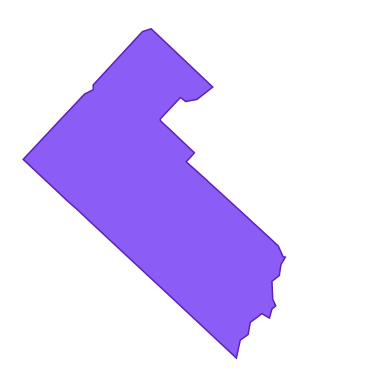 outline of Orange, Florida, United States of America, rotated 43°
{"feature_id": "52423323B94983475607099", "entity_name": "Orange", "entity_type": "district", "adm_level": 2, "iso_a3": "USA", "parent_name": "United States of America", "parent_adm1": "Florida", "projection": "orthographic", "projection_center": [-81.268, 28.566], "detail": "fine", "context": "isolated", "style": "filled", "palette": "violet", "viewbox_px": 384, "rotation_deg": 43, "n_neighbors": 0, "source": "geoboundaries", "source_scale": "gbopen_adm2", "svg_char_len": 748}
<svg xmlns="http://www.w3.org/2000/svg" viewBox="0 0 384 384"><g transform="rotate(43 192 192)"><path d="M135.6,101.1L50.8,100.5L46.4,108.4L46.4,119.5L46.7,181.0L50.0,184.6L46.7,193.3L46.5,197.4L46.6,200.3L46.4,230.4L46.3,283.3L108.6,283.5L119.6,283.1L133.4,283.2L170.1,283.2L173.8,283.2L252.7,283.1L337.7,283.2L328.3,267.4L330.2,257.9L323.5,247.5L325.1,239.3L325.9,233.4L334.6,231.4L330.3,223.1L330.9,218.1L324.4,215.6L311.4,202.8L312.8,193.5L306.5,184.4L304.7,176.0L302.7,177.2L291.8,172.6L240.0,172.9L197.6,173.4L195.0,173.3L183.9,173.5L167.2,173.9L167.1,164.7L167.0,161.7L135.3,161.4L124.2,161.5L120.1,161.3L119.0,160.4L119.0,147.8L119.1,130.7L125.6,130.2L132.5,120.9L135.6,101.1Z" fill="#8b5cf6" stroke="#5b21b6" stroke-width="1.5"/></g></svg>